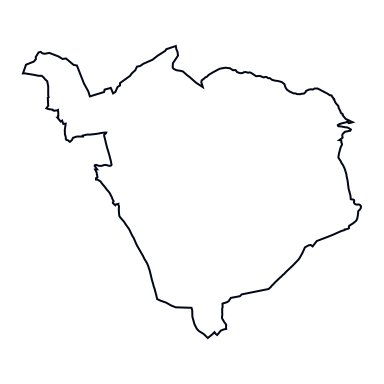 Cetateni, Arges, Romania (Equal Earth projection)
{"feature_id": "2599482B24433695468767", "entity_name": "Cetateni", "entity_type": "district", "adm_level": 2, "iso_a3": "ROU", "parent_name": "Romania", "parent_adm1": "Arges", "projection": "equal_earth", "projection_center": [25.212, 45.189], "detail": "fine", "context": "isolated", "style": "outline", "palette": "ink", "viewbox_px": 384, "rotation_deg": 0, "n_neighbors": 0, "source": "geoboundaries", "source_scale": "gbopen_adm2", "svg_char_len": 5841}
<svg xmlns="http://www.w3.org/2000/svg" viewBox="0 0 384 384"><path d="M345.2,229.6L345.1,229.4L346.4,229.2L347.9,228.8L348.9,228.3L349.0,226.2L349.2,225.8L349.8,225.4L353.1,223.3L354.3,222.3L355.1,221.7L356.0,220.9L356.4,220.3L356.8,219.6L357.3,218.3L357.5,217.3L357.5,216.9L357.8,215.8L357.9,214.7L358.1,213.5L358.1,212.3L358.2,211.4L358.4,211.0L359.9,209.5L360.4,208.8L360.6,208.4L361.0,207.1L360.9,206.6L360.7,205.7L360.3,205.3L359.7,204.8L359.2,204.6L358.8,204.5L356.7,204.6L356.2,204.5L355.2,204.2L354.9,203.9L354.4,203.5L354.1,202.7L353.9,202.2L353.9,201.7L354.2,201.0L354.2,200.6L354.1,200.1L353.9,199.9L353.6,199.7L352.8,199.5L351.7,199.4L350.8,199.2L350.4,195.4L348.6,188.7L347.5,180.1L346.6,176.2L346.4,174.3L345.7,172.0L344.6,168.5L343.0,165.1L341.5,162.9L340.6,161.0L338.4,157.7L338.4,157.0L339.0,153.4L340.5,147.8L341.2,146.1L341.7,145.3L342.0,144.4L341.9,143.5L341.3,142.5L341.3,142.3L341.4,141.7L341.4,141.2L341.3,140.8L340.9,140.4L340.7,140.3L339.3,140.1L341.7,138.4L342.0,138.3L342.3,138.0L342.6,137.6L342.2,135.5L342.6,134.1L344.9,131.8L350.3,130.7L350.9,129.5L349.4,128.5L347.3,127.4L345.5,127.3L342.3,126.7L340.8,126.4L338.6,126.3L337.9,125.7L337.8,125.1L339.2,124.2L341.5,123.4L345.9,122.4L347.6,121.4L348.5,123.1L349.6,123.0L350.7,122.8L352.6,122.2L350.3,121.2L349.0,120.4L346.4,119.3L346.0,119.1L345.5,118.7L344.1,117.0L342.8,115.4L342.7,115.0L342.8,114.6L342.8,114.4L342.6,114.1L342.5,113.9L342.0,113.6L341.4,113.4L341.0,113.0L340.2,110.8L339.2,109.0L339.1,108.8L339.0,108.5L338.7,108.1L338.6,107.2L338.4,106.3L338.1,105.7L337.0,104.6L335.7,102.9L335.2,102.2L334.6,100.7L334.2,99.2L333.7,99.3L333.5,98.6L333.3,98.1L333.1,97.8L332.8,97.5L332.3,96.9L332.1,96.5L332.0,96.2L331.7,95.8L331.5,95.7L331.4,95.5L331.4,95.4L329.8,95.2L327.4,93.6L325.2,92.5L317.6,88.5L314.6,88.5L312.9,89.5L310.8,89.3L308.7,89.7L306.0,91.0L305.4,92.4L303.8,93.6L301.3,93.8L300.2,94.2L297.0,94.1L295.6,93.4L293.7,93.4L289.5,91.5L287.0,89.7L285.6,87.7L284.4,84.1L281.7,82.0L278.0,81.0L275.4,80.7L272.2,79.9L269.7,78.1L268.0,78.1L266.5,77.0L265.7,76.9L263.6,77.4L259.8,75.9L256.1,76.2L251.0,72.8L249.7,72.4L248.0,72.7L245.7,72.0L243.9,72.2L242.6,73.0L240.1,73.2L237.1,72.1L235.6,70.1L233.0,70.2L230.0,68.3L225.5,67.7L219.9,68.7L217.8,69.7L212.3,72.7L208.7,74.9L206.7,76.9L205.3,77.4L204.3,78.4L201.7,80.4L201.3,82.3L202.8,87.1L196.0,82.7L189.7,77.1L186.9,75.0L183.0,71.5L180.9,70.9L176.4,70.2L173.6,68.8L172.7,67.7L172.9,63.3L173.4,62.5L178.0,55.6L177.5,51.8L176.3,49.1L175.8,46.0L166.3,49.2L165.2,50.9L157.8,55.6L152.4,59.8L143.3,63.8L140.3,65.9L136.9,66.7L135.3,70.2L131.7,73.5L130.1,75.8L120.0,83.1L120.0,85.5L117.6,86.9L115.4,91.9L113.1,93.4L110.8,87.9L104.6,89.6L104.1,92.0L89.9,96.4L88.3,91.4L84.0,83.6L76.9,65.5L73.6,64.9L66.0,58.5L62.6,59.0L58.6,56.5L49.3,52.9L44.5,53.8L42.4,53.3L40.7,51.9L38.6,52.4L35.7,57.1L35.9,59.2L33.8,61.6L26.0,64.7L23.0,73.4L24.2,73.3L25.0,73.4L33.2,74.7L38.6,75.8L41.7,75.8L43.4,77.2L45.1,79.3L47.2,81.2L48.2,86.2L48.2,95.1L48.6,97.3L47.8,97.8L48.2,105.8L46.4,108.3L48.1,109.0L52.7,109.7L52.8,110.2L54.1,110.8L54.7,110.6L55.8,110.5L57.3,110.4L58.0,110.0L58.3,113.4L58.3,115.6L58.0,115.8L58.2,117.5L57.4,117.6L60.7,121.6L62.1,120.6L63.3,123.9L65.7,123.6L64.8,129.9L64.9,133.8L65.2,135.3L65.6,136.4L65.8,137.5L65.8,138.9L66.0,139.4L66.2,139.7L66.7,140.0L67.7,140.2L68.1,140.4L68.8,141.0L69.4,141.6L69.6,141.8L70.0,141.8L70.4,141.5L71.9,140.0L72.3,139.5L72.7,138.2L72.9,137.9L73.2,137.7L73.8,137.6L75.1,137.1L77.0,136.5L82.9,136.5L82.7,135.6L83.3,135.5L85.9,134.8L87.2,134.6L90.0,134.6L93.8,134.2L94.6,134.1L98.3,133.6L101.1,133.0L102.7,132.8L104.4,132.6L105.2,132.6L105.8,132.5L106.3,132.5L106.2,133.0L104.5,134.4L104.1,135.0L104.2,136.0L104.7,137.9L105.5,141.1L105.9,143.1L107.1,147.7L108.6,152.6L109.5,155.8L110.2,158.7L110.6,159.9L110.9,161.4L111.0,161.8L111.1,162.7L111.5,164.3L111.5,165.0L111.3,165.3L111.0,165.5L110.6,165.7L110.1,165.8L109.3,165.8L108.6,165.7L106.9,165.2L105.2,164.9L104.2,165.0L101.9,165.8L100.3,165.9L99.4,165.9L98.5,165.7L96.6,165.0L96.1,164.9L95.7,164.9L95.2,165.0L94.8,165.3L94.7,165.5L94.6,165.9L97.2,169.4L95.1,169.5L96.5,172.1L97.5,177.1L96.0,178.2L96.0,179.5L97.3,179.5L100.6,181.5L100.9,182.0L102.1,183.7L105.0,187.1L106.0,188.5L107.3,190.2L108.6,191.6L109.8,193.2L111.1,195.9L111.5,196.5L112.8,199.8L113.6,201.2L113.6,201.4L112.8,202.5L113.1,203.3L115.3,205.3L115.9,204.4L118.3,203.9L118.2,204.4L118.3,204.9L118.9,205.9L119.0,206.9L118.8,208.5L118.9,210.5L118.8,211.2L119.0,212.3L119.1,214.4L119.4,216.1L120.4,217.6L124.1,221.8L125.5,224.1L128.4,228.1L129.2,229.3L130.2,231.4L130.9,232.9L131.7,234.6L132.6,236.3L133.1,237.1L133.4,237.4L133.8,238.2L136.4,244.3L137.5,246.4L138.6,248.3L140.3,251.2L141.4,253.2L143.1,256.1L144.3,258.7L144.9,259.7L146.9,263.0L148.0,265.5L148.7,267.4L149.0,268.8L149.4,269.5L149.6,270.3L150.0,271.9L150.6,274.3L151.9,279.8L153.2,284.2L153.6,286.0L154.8,289.5L155.2,291.4L155.4,291.7L155.7,293.3L156.0,294.3L156.3,294.8L156.3,295.5L157.2,299.1L160.6,300.7L166.3,302.7L170.8,305.3L175.6,307.3L191.5,307.8L192.2,310.1L192.4,316.8L194.4,324.0L196.8,328.8L199.0,331.1L203.8,334.1L207.8,338.0L211.9,334.7L214.5,332.2L214.8,332.7L215.7,333.9L217.2,335.0L220.8,330.6L224.4,329.2L226.2,329.0L226.0,326.9L226.1,325.6L226.2,325.1L226.2,324.8L225.9,324.2L224.7,322.7L224.0,321.7L223.3,320.4L222.9,319.8L222.7,319.6L222.7,319.4L222.5,319.1L222.1,318.4L222.0,317.8L222.0,317.1L222.3,315.0L222.3,314.3L222.2,312.8L222.2,308.3L222.6,307.3L222.5,303.6L227.0,302.2L228.8,301.0L230.8,297.9L239.9,296.2L241.7,294.4L268.6,289.0L271.0,286.8L271.6,285.9L273.4,284.2L275.3,282.1L276.4,281.1L280.2,277.5L281.6,276.3L282.5,275.3L284.3,273.8L286.0,271.9L292.6,265.7L298.5,259.6L300.1,257.2L302.7,252.4L304.9,247.4L308.7,245.3L310.7,245.0L312.6,246.4L316.8,241.0L328.9,236.4L333.1,234.7L341.6,230.9L344.1,230.2L345.2,229.6Z" fill="none" stroke="#020617" stroke-width="2"/></svg>